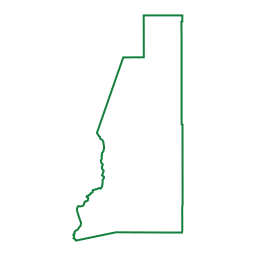 Lander, Nevada, United States of America (Equal Earth projection)
{"feature_id": "52423323B98901658080705", "entity_name": "Lander", "entity_type": "district", "adm_level": 2, "iso_a3": "USA", "parent_name": "United States of America", "parent_adm1": "Nevada", "projection": "equal_earth", "projection_center": [-117.527, 40.047], "detail": "fine", "context": "isolated", "style": "outline", "palette": "green", "viewbox_px": 256, "rotation_deg": 0, "n_neighbors": 0, "source": "geoboundaries", "source_scale": "gbopen_adm2", "svg_char_len": 2309}
<svg xmlns="http://www.w3.org/2000/svg" viewBox="0 0 256 256"><path d="M182.3,15.4L143.7,15.4L143.8,57.3L123.3,57.4L118.5,71.0L96.9,133.0L97.1,133.3L97.8,134.1L98.3,134.9L98.9,136.2L99.9,136.7L100.1,138.3L100.8,139.0L101.6,139.5L102.4,140.0L102.8,140.9L103.2,141.8L103.5,142.3L103.4,143.0L103.5,144.0L103.7,144.8L103.9,145.8L104.1,146.4L104.0,147.2L104.1,148.1L103.9,149.0L103.7,150.0L103.4,150.7L103.2,151.7L102.2,152.8L101.8,153.8L101.9,154.6L102.1,155.3L101.6,156.0L101.7,157.8L101.8,158.8L101.5,159.4L101.1,160.1L101.1,161.0L101.1,161.7L101.1,162.5L101.4,162.9L101.9,163.5L102.3,163.6L102.6,164.0L102.8,164.6L102.6,165.3L102.2,166.1L101.8,166.9L102.1,167.5L101.9,168.3L102.3,168.9L102.7,169.7L103.4,170.5L103.7,170.9L103.5,171.6L103.2,172.0L103.2,172.7L102.6,173.6L102.6,174.3L102.2,174.8L102.0,175.3L102.5,175.7L102.8,176.0L103.5,176.5L103.9,176.8L104.0,177.5L103.9,178.0L103.4,178.8L102.9,179.5L102.7,180.1L102.5,180.8L102.6,181.2L102.7,182.1L102.6,183.0L102.4,183.8L102.4,184.6L102.4,185.0L102.2,185.9L102.0,186.7L101.5,187.2L101.3,188.0L101.0,188.4L100.5,188.6L99.4,188.1L98.5,188.2L98.0,188.5L97.5,189.0L96.4,189.3L95.1,189.4L94.3,190.0L93.5,189.9L92.9,190.1L92.7,190.4L92.7,190.9L92.7,191.4L92.7,192.1L92.1,192.4L91.6,192.8L91.5,193.1L91.2,193.4L90.8,193.4L90.2,193.7L89.8,194.8L89.3,195.2L88.7,195.1L88.2,195.7L87.5,195.8L86.8,196.2L86.6,196.4L86.6,196.9L86.7,197.1L87.3,197.2L87.8,197.4L88.3,198.1L88.1,198.9L88.0,199.6L87.8,200.5L87.0,201.0L86.2,201.2L85.3,201.4L84.8,201.8L84.8,202.5L84.2,203.0L84.2,203.6L84.0,204.2L83.7,204.8L83.3,205.5L82.8,205.9L82.0,206.0L81.3,206.2L80.2,206.5L78.8,206.2L78.5,206.0L78.1,206.3L77.8,206.8L77.2,207.9L77.0,209.6L77.2,210.3L77.2,211.5L77.6,212.5L77.9,213.6L78.3,215.0L78.8,216.1L78.8,217.0L79.6,218.3L79.8,219.7L80.3,220.7L80.9,222.1L81.0,223.3L80.7,224.8L80.6,225.7L80.0,226.5L79.4,226.8L78.7,228.1L77.9,229.5L76.9,229.8L75.5,231.0L74.6,231.6L74.4,232.9L74.7,233.5L74.3,234.0L74.0,234.5L73.5,234.5L73.4,235.2L74.0,235.5L74.2,236.6L74.0,237.3L73.7,237.7L73.5,238.1L73.9,238.6L74.1,238.8L74.5,238.9L74.8,239.0L75.1,239.2L75.4,239.5L75.5,239.7L75.7,240.4L75.8,240.6L115.9,232.3L161.5,232.5L182.0,232.5L182.3,230.8L182.2,207.4L182.6,204.5L182.5,124.6L181.6,124.3L181.6,40.3L181.4,21.7L182.3,21.6L182.3,15.4Z" fill="none" stroke="#15803d" stroke-width="2"/></svg>